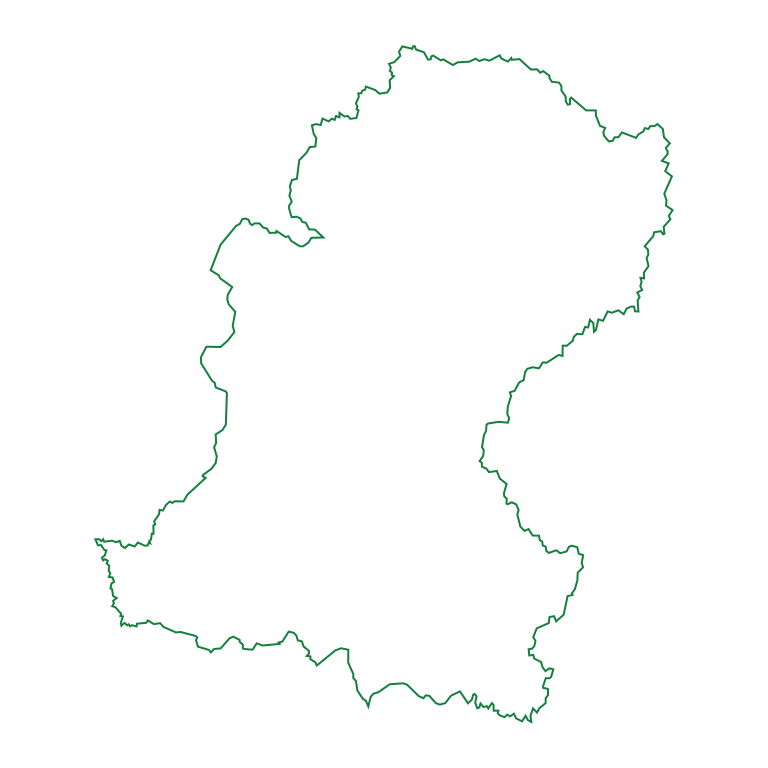 Flavio Alfaro, Manabi, Ecuador (Natural Earth projection)
{"feature_id": "8360857B52288748558736", "entity_name": "Flavio Alfaro", "entity_type": "district", "adm_level": 2, "iso_a3": "ECU", "parent_name": "Ecuador", "parent_adm1": "Manabi", "projection": "natural_earth1", "projection_center": [-79.814, -0.325], "detail": "fine", "context": "isolated", "style": "outline", "palette": "green", "viewbox_px": 768, "rotation_deg": 0, "n_neighbors": 0, "source": "geoboundaries", "source_scale": "gbopen_adm2", "svg_char_len": 6066}
<svg xmlns="http://www.w3.org/2000/svg" viewBox="0 0 768 768"><path d="M556.1,621.4L563.7,614.6L567.6,596.1L572.6,594.9L572.0,593.2L574.9,589.1L577.4,580.3L577.7,572.6L583.0,567.4L581.7,562.7L583.2,555.1L578.7,553.7L577.3,547.3L571.9,545.7L568.9,546.8L566.6,551.4L561.9,552.8L560.0,553.1L556.4,550.3L548.9,552.9L546.3,550.9L545.7,546.6L542.8,545.6L542.2,541.6L539.8,540.1L539.0,535.7L532.6,535.5L528.5,529.0L524.6,530.9L520.4,526.7L517.3,514.4L518.6,510.0L516.2,504.4L511.7,502.3L507.7,504.2L506.5,503.7L506.7,498.7L504.3,496.3L503.9,493.3L506.6,484.0L499.9,478.7L496.8,471.0L488.9,472.1L486.5,468.7L481.9,466.7L481.9,462.9L479.6,461.1L483.2,455.9L483.8,450.0L482.0,447.3L484.0,435.0L486.1,430.8L486.5,424.7L488.0,423.5L498.9,421.8L507.9,422.7L509.2,418.2L507.3,414.2L507.8,406.8L511.1,395.9L509.8,392.4L514.6,390.8L519.2,382.4L523.7,380.1L525.0,372.3L527.3,368.8L532.5,367.3L539.0,368.3L542.8,362.4L546.6,362.7L558.7,354.9L562.5,356.0L562.7,345.6L566.7,345.8L572.8,340.8L573.8,336.8L576.9,334.0L582.4,334.2L585.0,327.0L588.2,327.4L589.9,319.8L593.3,323.0L594.0,331.8L595.9,330.1L598.4,319.4L603.1,320.8L607.6,311.5L611.9,312.7L618.4,310.3L623.7,314.2L626.7,308.5L630.9,306.6L634.1,306.6L635.0,311.3L638.4,311.5L637.7,300.3L639.6,296.9L637.3,292.5L642.2,289.9L640.3,286.2L641.6,281.7L640.5,277.9L644.0,278.4L643.9,272.6L648.5,266.1L646.6,257.8L648.3,254.8L648.0,249.7L644.7,246.3L653.3,236.1L654.1,232.3L660.9,231.2L663.1,234.3L664.4,233.8L663.7,226.8L670.4,219.3L668.8,216.0L672.6,210.1L666.0,205.6L666.5,200.4L664.3,193.6L671.9,176.4L665.2,171.1L668.7,163.4L661.9,160.9L667.5,154.3L667.8,151.8L665.8,148.0L669.8,143.3L664.0,137.3L662.8,128.9L657.4,124.1L654.5,126.1L650.3,126.1L648.3,129.0L645.0,128.1L643.3,131.5L638.3,134.5L636.1,137.9L621.9,132.4L618.4,137.2L614.6,137.3L612.7,140.8L608.8,141.4L604.1,135.9L603.3,132.3L605.2,127.9L600.0,125.9L595.9,115.5L595.8,110.4L586.2,110.4L571.2,97.6L569.9,99.1L570.1,104.1L567.9,104.7L565.8,101.5L565.7,96.7L561.4,90.4L561.4,85.9L559.0,82.6L551.9,81.8L549.4,78.1L549.5,75.8L543.2,71.1L540.1,72.7L537.2,69.4L530.9,69.5L519.5,59.1L511.8,59.8L511.3,58.0L507.9,61.6L501.4,58.5L499.7,55.3L489.3,60.7L484.4,59.2L479.4,61.0L475.6,58.7L469.2,61.7L457.9,62.3L452.8,65.0L443.2,59.3L440.8,60.4L433.3,55.6L431.4,56.3L430.7,59.3L428.0,59.6L423.9,52.2L416.1,49.6L414.6,46.1L412.9,46.5L412.3,48.8L402.3,46.4L399.0,51.7L400.3,55.9L394.2,62.2L389.0,63.8L390.8,67.6L389.9,71.0L392.0,72.5L391.7,75.0L393.9,76.1L389.6,80.3L390.2,87.7L387.2,92.5L379.5,93.7L375.2,90.0L365.9,86.6L365.1,89.7L362.2,90.7L361.3,93.2L358.3,93.4L358.8,97.0L355.9,103.4L357.4,106.6L356.6,109.3L358.5,110.3L356.4,118.0L350.2,118.8L347.8,116.0L344.4,116.5L339.5,112.9L339.5,117.3L336.0,116.1L334.6,120.0L331.9,118.6L328.7,121.4L322.5,118.6L320.7,125.0L316.0,124.1L311.9,125.3L313.8,134.2L316.3,138.0L315.4,146.5L309.7,147.1L306.6,152.6L299.2,160.3L296.9,178.8L292.0,180.0L289.8,186.4L290.8,190.5L289.4,195.5L291.7,201.6L289.1,205.8L289.1,208.6L291.6,217.2L296.3,216.7L300.3,218.3L302.4,222.0L305.8,222.7L309.2,229.4L315.0,229.6L323.3,237.5L311.4,237.8L308.4,242.6L302.9,246.4L299.6,246.2L291.1,240.8L288.4,236.3L285.7,237.0L276.5,231.0L276.2,232.7L269.5,232.9L266.8,228.5L263.3,227.6L259.4,223.4L254.4,223.4L252.2,225.1L250.2,223.8L248.5,219.7L245.0,218.5L242.3,219.1L239.9,223.8L236.1,225.9L220.6,244.6L210.6,270.3L218.7,275.2L220.4,278.5L232.2,287.0L227.7,294.9L227.3,299.7L228.8,304.4L235.3,311.9L232.7,325.9L234.4,332.0L227.5,340.9L220.5,347.0L206.4,346.7L200.9,357.3L201.2,363.4L212.1,380.9L214.6,382.6L215.7,387.5L225.8,391.4L226.9,393.2L225.9,424.4L222.5,430.0L215.7,434.4L216.1,443.1L214.1,447.2L216.8,456.6L215.7,463.0L211.4,468.8L203.0,475.0L202.6,476.2L205.6,477.9L187.5,494.6L183.5,501.4L174.8,501.3L172.3,502.9L169.9,501.5L166.2,504.7L162.9,510.5L159.6,509.9L159.0,514.3L154.2,521.3L155.2,524.5L153.4,525.5L153.5,533.8L151.8,533.7L151.0,539.6L149.5,540.8L150.2,543.3L148.8,542.6L147.6,545.5L144.7,545.7L137.9,542.5L134.7,546.5L128.8,544.5L125.0,548.0L121.5,545.8L119.7,540.9L116.0,542.2L112.0,540.7L104.1,541.7L103.2,539.2L101.3,541.1L98.6,539.1L95.4,539.3L98.0,545.4L101.0,545.0L104.5,550.1L106.4,550.4L104.8,555.4L101.9,557.6L103.1,560.4L104.9,559.2L107.8,560.7L106.7,563.3L109.2,565.8L108.7,570.7L110.3,573.2L108.9,577.0L112.5,577.4L114.1,581.8L111.4,583.6L110.5,588.4L112.0,589.0L113.1,596.0L116.7,598.0L113.1,600.8L113.9,603.3L112.2,606.2L115.3,607.1L121.2,613.9L120.4,616.0L122.9,616.4L120.8,622.8L121.4,625.7L124.4,622.9L127.2,625.3L128.7,624.3L130.1,626.4L131.7,625.2L136.6,626.4L137.0,623.7L146.2,622.8L147.9,620.4L153.8,624.1L160.2,623.2L163.3,626.8L175.8,632.4L180.7,632.0L195.7,636.0L197.3,637.5L196.0,640.2L198.0,646.7L208.9,649.9L210.9,652.4L214.0,649.0L220.7,648.4L229.8,638.0L233.4,636.7L239.6,639.9L239.7,642.0L242.8,644.5L242.9,648.5L245.6,649.1L252.6,649.7L256.7,643.4L262.6,645.5L279.6,643.9L278.6,642.5L282.4,641.5L288.7,631.6L293.7,632.8L296.3,635.4L297.8,640.3L301.9,641.4L303.6,646.5L308.9,650.9L309.0,653.4L306.8,656.0L310.4,656.4L310.4,659.2L315.3,662.2L316.8,665.5L335.5,650.3L341.1,648.3L348.3,649.7L348.2,662.6L353.3,674.0L353.3,678.0L355.9,680.9L357.4,690.6L362.9,698.9L365.9,700.7L368.3,706.5L370.6,697.1L373.2,693.8L378.5,692.2L389.6,684.3L403.1,683.3L407.1,684.7L418.7,696.1L423.4,698.2L425.7,695.4L429.3,695.8L435.8,703.1L439.8,704.6L445.3,703.1L451.0,695.7L460.0,691.4L468.0,703.3L471.9,699.6L473.2,694.6L474.7,694.0L476.6,696.4L475.2,702.6L477.2,708.2L479.3,707.5L480.5,703.5L483.4,707.0L486.8,706.2L488.3,708.5L491.9,703.1L493.6,705.0L493.7,710.7L498.4,710.6L497.8,713.2L499.4,715.2L504.5,717.1L507.3,714.6L510.0,716.4L513.9,713.7L516.0,718.3L522.0,721.3L525.6,715.8L527.9,720.1L531.3,721.9L530.5,715.7L533.1,708.4L537.0,712.6L539.2,708.4L545.6,703.1L545.7,698.1L548.0,695.2L547.9,688.9L543.1,687.8L543.1,686.2L545.8,678.1L549.5,678.3L551.2,676.8L553.3,669.3L549.4,668.4L545.4,671.0L542.6,667.4L541.2,662.1L534.3,658.6L533.3,655.0L529.2,655.4L528.7,649.2L532.1,648.7L534.3,646.1L535.5,641.1L533.3,637.1L536.7,628.4L548.7,623.1L549.5,617.0L554.1,616.2L556.1,621.4Z" fill="none" stroke="#15803d" stroke-width="2"/></svg>